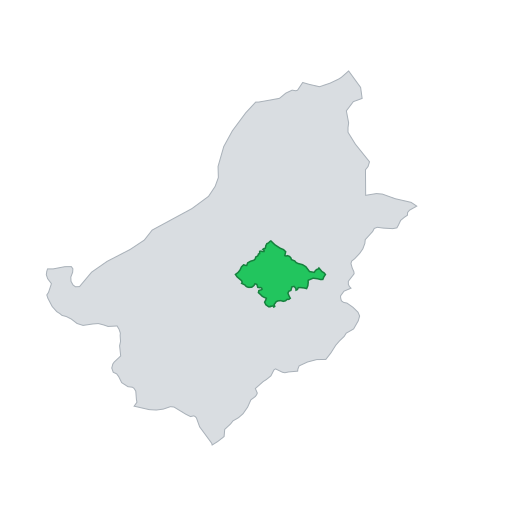 Stara Zagora highlighted on a map of Bulgaria, rotated 320°
{"feature_id": "BGR-2233", "entity_name": "Stara Zagora", "entity_type": "Province", "adm_level": 1, "iso_a3": "BGR", "parent_name": "Bulgaria", "parent_adm1": "", "projection": "mercator", "projection_center": [25.503, 42.404], "detail": "fine", "context": "in_parent", "style": "filled", "palette": "green", "viewbox_px": 512, "rotation_deg": 320, "n_neighbors": 0, "source": "natural_earth", "source_scale": "10m", "svg_char_len": 3895}
<svg xmlns="http://www.w3.org/2000/svg" viewBox="0 0 512 512"><g transform="rotate(320 256 256)"><path d="M411.2,321.1L403.0,319.6L400.1,320.1L398.2,322.1L394.4,321.7L389.7,321.7L384.7,324.0L382.0,325.0L378.3,322.9L371.5,316.5L367.4,312.0L364.3,310.9L361.2,312.2L350.2,313.7L347.5,316.3L342.4,319.2L337.3,320.6L329.9,321.5L326.0,321.4L323.9,322.8L322.0,327.0L320.8,331.1L319.7,332.7L310.5,334.7L308.5,337.1L307.9,339.4L308.1,341.7L300.8,339.5L295.1,340.9L293.8,342.7L292.6,345.2L293.3,347.9L295.4,350.5L297.3,357.6L298.0,364.6L296.8,368.6L292.6,371.4L283.9,374.6L275.5,373.1L271.8,374.3L265.5,374.7L259.8,375.6L251.0,378.4L243.0,380.1L235.8,374.3L227.3,370.3L218.4,367.9L215.3,369.6L213.9,371.0L206.5,365.8L203.1,364.0L201.5,362.0L198.4,355.0L196.5,354.8L190.4,357.4L184.5,357.3L180.9,356.8L170.3,357.1L168.9,361.8L167.5,362.6L165.2,363.2L159.6,362.9L152.4,366.4L144.6,368.5L138.6,368.6L132.4,367.5L128.6,368.3L120.6,368.7L115.5,373.8L107.5,373.5L100.9,372.6L101.7,371.0L103.0,350.7L106.3,341.7L106.2,339.8L105.5,338.4L102.6,336.9L100.5,332.0L96.1,319.0L93.6,316.4L86.6,313.7L80.6,309.9L75.4,305.0L66.1,292.7L70.8,291.5L72.2,289.0L77.0,282.3L77.5,279.0L77.0,277.1L73.9,273.8L71.7,266.7L73.3,260.1L73.5,256.7L71.9,253.3L73.5,249.1L76.9,246.7L79.1,246.1L88.1,245.6L93.8,237.1L97.3,234.4L100.8,229.6L102.5,227.9L104.0,224.1L104.6,220.3L97.4,214.9L95.0,210.9L91.8,206.4L87.5,203.3L78.9,198.0L75.5,192.6L74.0,185.6L71.7,180.3L69.2,176.8L68.7,174.0L67.6,170.5L67.4,163.7L69.4,154.6L70.7,151.4L73.7,150.5L81.5,145.7L81.8,139.5L83.3,135.6L85.7,133.4L88.0,131.9L92.3,135.5L102.7,141.3L107.7,145.4L107.5,148.1L105.1,150.6L100.6,153.1L98.0,156.5L97.2,160.6L97.9,163.5L101.1,166.0L119.7,162.7L138.5,164.4L163.9,170.1L180.7,172.0L193.1,169.4L216.0,174.1L237.4,178.5L258.0,179.8L269.5,176.4L277.6,171.7L284.5,163.0L301.7,151.4L318.4,144.9L340.2,139.7L354.7,137.9L356.8,139.7L375.3,150.3L383.6,150.4L390.3,152.2L392.7,155.0L394.4,155.7L403.3,153.1L407.2,158.9L413.4,167.1L423.8,171.2L433.1,173.6L436.1,174.0L445.9,173.8L444.5,194.1L438.6,203.5L429.8,200.3L418.5,202.9L412.5,213.6L409.1,216.7L406.0,220.4L404.0,234.2L403.5,256.8L399.3,259.5L395.3,260.3L379.0,280.0L388.4,285.6L392.6,289.8L399.4,301.5L409.3,314.6L411.2,321.1Z" fill="#d9dde1" stroke="#a8b0b8" stroke-width="1"/><path d="M235.4,277.3L232.7,277.2L230.3,275.4L229.3,274.0L228.8,272.2L228.9,271.1L227.4,267.7L228.5,267.3L229.1,265.7L228.1,259.8L228.4,256.9L231.5,257.1L234.7,256.5L237.8,255.0L240.9,254.8L241.8,256.3L242.8,257.3L245.2,255.9L248.5,256.5L251.7,257.9L253.7,257.7L255.1,256.6L256.2,256.8L257.2,257.1L258.3,256.6L259.2,256.0L260.3,256.5L261.8,254.8L262.8,255.3L263.8,256.7L265.0,257.7L265.9,256.9L265.5,255.3L266.9,255.4L268.0,256.1L268.9,255.5L270.0,254.5L272.3,253.5L273.4,253.9L274.5,254.0L275.8,253.8L277.1,254.0L277.7,259.6L279.5,265.5L281.2,268.8L281.5,271.8L278.3,274.2L279.0,275.4L280.3,275.9L281.4,277.9L281.5,279.9L280.8,281.5L282.5,284.7L282.5,286.7L283.3,288.6L286.1,292.6L287.3,296.3L287.0,302.3L290.1,306.0L292.0,305.4L293.7,305.3L295.1,305.9L296.5,305.6L296.5,310.3L297.3,312.5L297.3,314.8L294.6,315.6L292.1,316.9L290.3,315.5L288.7,313.2L285.5,309.7L281.2,308.4L280.7,308.1L279.8,308.6L279.2,309.6L276.6,312.1L273.8,313.5L272.3,311.4L269.8,308.8L268.1,307.4L266.2,308.3L264.7,307.9L265.6,306.6L265.7,305.2L265.6,303.7L263.6,302.7L260.6,304.8L258.6,304.1L256.6,304.9L255.7,307.5L255.1,310.4L254.5,310.3L253.8,310.4L253.1,310.2L252.4,309.6L252.0,309.2L251.3,309.2L249.9,309.3L247.8,308.3L246.3,306.1L244.0,304.5L242.1,304.0L239.9,304.6L238.8,304.7L237.9,306.7L236.8,306.5L237.0,305.4L236.4,304.8L235.4,304.4L234.7,303.7L234.2,304.0L233.1,303.1L232.2,299.7L232.9,296.9L235.0,296.1L236.8,295.0L235.4,292.3L234.8,290.5L234.7,288.5L234.3,285.6L236.0,284.3L238.3,285.3L239.3,285.4L239.7,284.3L239.4,283.2L238.6,282.8L237.2,281.2L238.4,278.3L237.4,276.6L235.4,277.3Z" fill="#22c55e" stroke="#15803d" stroke-width="1.5"/></g></svg>